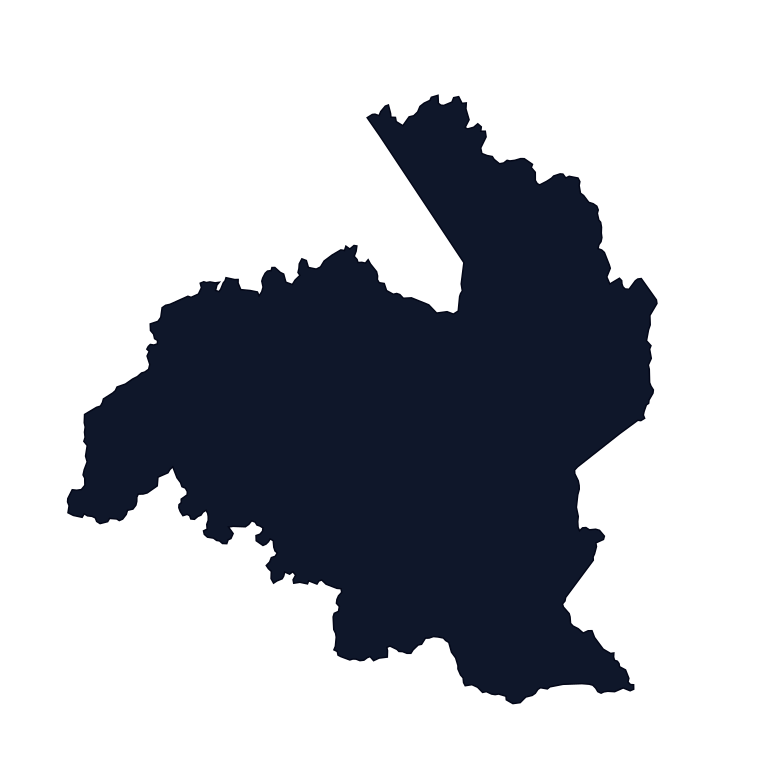 Ecoporanga, Espírito Santo, Brazil (Robinson projection), rotated 9°
{"feature_id": "56859067B32250537499863", "entity_name": "Ecoporanga", "entity_type": "district", "adm_level": 2, "iso_a3": "BRA", "parent_name": "Brazil", "parent_adm1": "Espírito Santo", "projection": "robinson", "projection_center": [-40.825, -18.235], "detail": "fine", "context": "isolated", "style": "filled", "palette": "ink", "viewbox_px": 768, "rotation_deg": 9, "n_neighbors": 0, "source": "geoboundaries", "source_scale": "gbopen_adm2", "svg_char_len": 6144}
<svg xmlns="http://www.w3.org/2000/svg" viewBox="0 0 768 768"><g transform="rotate(9 384 384)"><path d="M106.7,562.9L108.2,559.1L111.7,560.6L116.3,560.4L119.8,561.4L121.7,564.7L125.4,566.3L132.6,563.2L134.0,559.7L141.1,559.1L143.9,560.3L147.0,558.3L149.8,553.2L150.4,548.9L155.6,546.8L157.9,542.5L158.2,538.6L157.6,534.5L158.5,531.2L163.2,530.4L167.2,528.6L176.0,520.1L175.3,511.4L184.5,505.5L185.9,502.0L188.3,498.8L194.2,509.0L198.5,513.2L200.5,517.0L204.1,517.9L206.6,521.1L206.9,524.3L201.7,529.4L202.3,532.9L200.4,535.2L200.7,538.3L202.7,541.8L206.0,545.5L209.9,543.6L212.6,544.4L214.3,547.5L218.0,547.3L220.9,543.9L223.7,542.2L225.2,539.0L228.0,536.5L230.1,539.4L231.1,542.4L231.7,546.2L230.9,550.4L232.0,555.0L228.7,557.3L230.0,560.6L233.6,562.9L239.7,562.9L243.1,564.7L246.1,564.7L249.4,566.8L253.7,566.3L254.4,562.3L257.0,560.6L258.4,555.3L252.8,549.6L257.1,548.2L269.4,546.7L272.4,543.8L274.7,539.8L278.4,540.6L280.6,543.2L283.4,543.6L286.9,545.0L287.1,548.3L285.0,551.7L281.3,553.7L282.3,558.8L289.7,562.4L292.5,560.6L294.5,557.9L295.8,554.8L299.1,556.1L300.7,562.5L302.5,566.0L305.0,567.5L303.5,571.2L299.9,573.1L298.9,577.7L296.1,581.7L298.7,584.5L302.0,586.7L302.9,593.9L306.1,598.0L309.0,595.3L313.9,592.3L315.0,589.3L315.3,585.2L320.5,586.6L323.3,583.7L326.6,586.6L324.8,591.6L326.0,594.9L331.9,593.0L339.7,593.4L340.4,590.2L349.1,592.1L350.4,588.9L353.1,587.3L358.1,590.8L369.5,593.2L373.6,592.9L374.8,596.4L372.2,600.3L371.2,604.2L371.3,608.0L374.7,610.8L374.6,615.7L370.7,618.3L370.2,622.0L372.8,634.4L375.2,637.8L376.4,641.5L377.0,650.7L376.1,654.4L379.7,655.5L381.0,659.0L384.0,660.0L393.4,661.9L396.2,660.5L399.4,660.1L403.5,661.0L407.4,659.9L410.3,656.9L412.9,655.4L417.0,658.9L422.0,655.5L430.0,653.2L429.2,646.8L428.0,643.7L430.9,641.9L438.3,644.1L440.6,645.8L444.2,645.4L448.7,646.4L452.7,645.8L454.3,642.1L458.6,636.4L461.8,635.2L464.7,628.5L468.2,627.9L472.3,625.7L476.9,625.4L482.4,625.6L485.0,627.7L488.4,629.1L492.6,638.3L497.6,643.3L501.1,650.6L501.6,653.9L505.1,659.4L508.1,661.9L509.3,666.5L511.4,669.3L517.9,667.2L523.9,668.9L529.6,673.2L533.2,671.8L538.7,673.4L542.4,673.4L545.7,672.3L553.3,673.3L554.2,676.8L561.3,679.5L568.4,677.4L573.0,671.0L579.1,668.4L581.8,665.8L583.8,661.5L586.1,659.5L593.1,659.6L595.2,657.2L607.8,652.6L626.3,649.0L633.6,648.4L637.3,648.8L640.7,651.3L643.3,654.4L646.8,655.4L649.3,653.7L653.0,652.5L660.0,651.8L667.8,646.8L675.1,648.5L678.4,646.4L677.6,642.0L674.5,642.3L671.6,640.1L671.9,636.4L667.3,628.6L660.9,626.4L659.9,623.4L657.9,621.3L654.9,620.8L653.5,617.7L653.1,613.7L650.0,614.7L642.0,611.6L631.6,601.4L628.0,595.1L624.2,595.8L619.7,598.8L614.1,595.3L608.6,593.5L605.7,591.2L604.2,584.9L602.8,581.8L596.1,576.2L594.7,573.3L596.7,570.0L596.8,566.4L618.3,525.3L617.6,522.1L618.5,518.9L619.3,511.3L618.1,507.8L625.1,503.2L625.5,499.8L619.7,494.8L615.8,494.3L609.7,495.9L605.9,494.2L602.6,495.0L600.1,498.4L598.1,495.1L596.9,489.6L596.6,484.4L593.3,475.7L592.7,463.2L593.3,457.3L592.6,453.6L591.0,449.2L586.5,442.8L585.7,439.2L588.1,435.6L624.6,396.1L640.4,380.1L643.4,380.0L646.8,377.1L645.0,374.1L645.2,370.4L646.4,363.6L648.4,361.7L648.3,358.3L651.1,351.0L651.0,347.7L648.0,344.3L646.1,341.0L643.7,327.9L642.1,323.9L644.0,316.9L640.9,308.0L641.7,304.4L636.5,300.2L636.8,289.1L637.7,284.0L635.9,274.7L641.0,261.8L639.9,258.3L621.6,239.6L618.2,240.6L616.1,242.7L611.2,252.1L607.3,252.4L604.8,250.6L603.4,248.0L602.6,244.7L600.0,242.7L591.4,249.9L587.3,243.4L589.4,234.3L587.8,231.0L581.1,219.6L578.1,217.6L574.2,216.8L574.5,212.7L576.1,209.5L576.3,205.3L575.0,200.9L574.3,195.1L572.7,190.4L570.5,188.4L568.0,182.0L568.4,178.6L566.4,175.1L562.4,173.2L557.8,172.5L551.7,166.6L548.2,164.8L545.7,157.4L545.8,153.5L543.4,150.2L534.4,149.9L531.3,152.0L527.9,148.7L525.1,148.9L519.0,152.0L517.3,154.5L512.8,158.5L506.6,163.0L504.0,162.1L501.6,159.2L500.3,151.2L495.6,147.2L496.3,143.8L487.3,139.5L483.7,140.0L478.2,142.6L473.4,144.0L470.6,143.8L467.6,147.0L463.6,148.4L457.6,144.9L455.4,142.4L450.0,142.2L444.6,141.0L442.6,135.7L446.2,124.0L444.5,118.5L440.0,119.2L439.9,114.8L435.9,112.3L432.4,116.4L426.6,119.0L424.0,118.0L426.7,109.7L421.9,99.5L421.3,93.5L417.2,94.6L412.8,88.5L408.0,90.3L407.0,94.9L399.5,99.5L396.5,99.7L393.8,98.2L392.2,90.4L385.9,93.4L385.0,96.7L379.7,100.3L376.1,104.2L374.7,110.0L371.4,114.4L367.0,116.2L362.2,125.9L355.0,122.9L353.6,118.9L349.1,119.4L348.2,115.8L344.7,107.7L341.8,109.3L338.2,115.3L337.1,119.7L332.9,118.9L330.3,119.6L325.7,123.6L340.4,138.9L443.9,251.6L444.6,273.1L446.8,279.8L445.5,282.7L445.0,285.7L445.9,300.3L441.6,304.1L435.0,302.7L424.9,305.7L415.8,298.8L397.6,294.6L389.7,296.3L385.7,293.2L382.4,292.6L379.1,293.9L371.9,291.3L368.5,284.7L363.4,284.7L361.1,281.9L360.8,278.3L359.1,274.2L351.8,267.5L348.9,263.7L346.7,267.5L343.1,267.3L339.3,268.1L337.9,265.2L334.6,262.5L335.7,257.2L335.6,251.9L332.7,251.9L329.1,256.0L324.8,253.8L324.1,258.3L320.4,258.3L312.7,264.6L305.6,271.9L303.0,278.3L299.1,281.1L291.1,280.7L288.0,274.2L283.3,273.2L281.5,278.6L281.9,283.2L281.6,287.3L284.0,289.8L279.9,295.3L277.9,300.1L271.2,298.8L267.7,291.1L264.1,290.0L258.0,286.0L255.1,286.5L254.8,289.6L251.2,290.7L249.3,293.2L247.6,298.3L247.2,301.5L249.4,307.2L248.8,312.1L246.8,316.5L244.6,312.9L237.2,312.6L227.8,313.2L224.1,307.1L223.6,303.6L220.1,304.2L211.3,303.7L210.9,306.8L209.4,309.4L207.9,315.9L206.6,318.5L203.0,318.0L203.5,312.4L205.4,309.3L201.4,310.5L196.1,310.4L192.7,311.6L190.0,311.2L186.7,313.2L188.6,317.5L186.6,324.2L179.9,328.6L176.6,328.0L160.1,338.8L156.0,340.4L152.9,343.3L153.1,353.1L150.9,357.5L143.7,361.2L145.0,367.7L148.6,370.8L150.3,375.1L153.5,376.4L153.9,379.8L150.6,381.5L147.0,381.5L145.3,383.8L144.3,386.7L147.0,388.5L145.6,393.4L149.6,401.3L149.2,406.3L145.7,409.7L142.8,411.0L139.1,415.4L134.9,418.4L128.6,424.5L120.8,428.7L119.7,432.6L117.4,435.4L109.2,442.6L108.8,446.3L107.4,450.2L103.7,452.0L93.0,460.9L94.0,469.2L95.6,473.2L95.7,478.4L97.1,483.4L96.5,487.6L100.5,491.2L100.5,501.9L103.0,507.3L101.3,515.6L101.0,520.9L103.1,523.7L104.4,530.8L101.6,535.6L97.1,537.0L92.6,537.2L89.6,546.6L89.9,550.0L92.0,553.5L92.0,560.6L97.7,562.4L106.7,562.9Z" fill="#0f172a" stroke="#020617" stroke-width="1.5"/></g></svg>